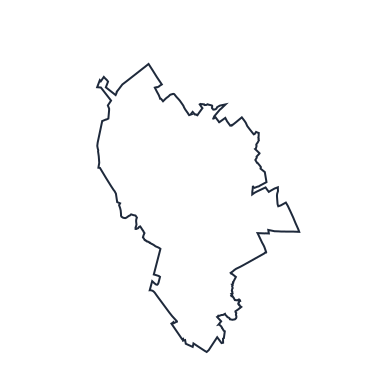 Tarimoro, Guanajuato, Mexico, rotated 148°
{"feature_id": "50627088B52975433563900", "entity_name": "Tarimoro", "entity_type": "district", "adm_level": 2, "iso_a3": "MEX", "parent_name": "Mexico", "parent_adm1": "Guanajuato", "projection": "natural_earth1", "projection_center": [-100.75, 20.293], "detail": "fine", "context": "isolated", "style": "outline", "palette": "slate", "viewbox_px": 384, "rotation_deg": 148, "n_neighbors": 0, "source": "geoboundaries", "source_scale": "gbopen_adm2", "svg_char_len": 5899}
<svg xmlns="http://www.w3.org/2000/svg" viewBox="0 0 384 384"><g transform="rotate(148 192 192)"><path d="M122.2,101.4L121.6,104.2L120.7,110.8L119.7,116.7L118.8,123.6L118.1,129.5L118.0,133.3L123.9,133.6L126.4,134.2L126.1,135.5L125.8,136.5L123.5,140.9L122.0,143.7L120.8,145.3L119.9,146.1L118.6,147.2L118.4,147.5L117.7,148.9L116.7,150.5L120.2,151.2L124.6,151.4L126.8,151.4L127.1,154.8L127.2,156.9L136.7,158.0L139.4,158.2L142.2,158.0L140.7,160.3L139.1,162.2L137.1,164.9L137.3,163.7L137.1,163.0L136.8,162.4L133.5,161.8L132.5,161.4L130.6,161.4L123.6,160.9L119.7,170.3L121.5,175.5L120.4,176.6L120.5,177.2L120.4,177.4L120.5,178.4L121.0,181.9L121.4,182.2L121.3,185.6L118.9,186.8L118.5,187.8L114.3,188.9L114.2,189.0L115.7,195.0L115.0,195.0L114.5,195.3L112.8,196.9L112.6,197.9L111.6,198.6L110.2,199.1L107.8,200.5L107.8,201.2L107.3,202.1L106.9,202.3L106.8,203.2L106.5,203.4L106.0,203.9L104.1,206.7L104.9,207.6L105.8,209.0L108.9,207.7L109.0,207.4L109.8,214.3L109.9,215.4L110.1,217.6L110.2,218.3L110.1,219.3L109.7,222.3L109.8,224.8L110.2,228.9L117.5,227.9L122.7,227.3L122.6,227.7L124.4,228.0L124.8,233.5L124.5,237.2L132.0,236.7L132.1,236.8L132.0,237.5L132.4,241.9L132.4,242.9L132.5,243.1L133.3,242.9L134.4,242.8L134.9,242.9L135.0,243.0L133.0,244.4L124.6,247.1L123.7,247.2L123.3,247.2L117.1,248.5L122.6,250.5L125.8,250.6L127.0,249.8L128.0,249.7L128.9,249.9L130.0,250.4L130.3,250.6L130.3,251.1L130.6,252.3L130.5,252.7L130.4,252.7L129.2,254.4L129.2,254.6L129.9,255.5L131.9,257.5L132.2,258.1L132.7,258.2L133.5,258.2L133.8,258.3L135.2,259.0L135.4,259.2L135.4,259.9L135.4,260.1L135.9,260.3L136.6,261.0L137.0,261.1L137.6,261.7L137.9,261.7L138.2,262.2L139.0,262.2L138.9,259.2L138.7,257.6L144.9,255.1L146.8,254.2L146.9,254.3L147.0,254.5L147.2,254.8L147.3,255.2L147.6,255.8L148.2,255.9L148.4,256.0L149.0,259.6L152.1,258.5L151.9,258.3L153.7,258.7L153.8,259.9L153.7,260.5L154.0,265.6L153.9,268.0L153.6,269.8L153.9,275.8L154.2,277.8L154.8,280.9L155.2,284.4L155.8,285.1L156.9,285.5L157.4,285.5L157.9,285.8L159.1,286.0L161.3,285.5L163.8,285.3L165.0,285.1L168.5,284.3L168.8,287.0L169.0,287.7L169.1,287.9L169.6,288.1L169.3,289.0L168.8,292.0L168.6,295.8L168.2,300.2L166.5,299.7L165.9,299.2L165.2,299.1L164.0,299.0L163.3,299.2L160.6,299.2L160.9,308.0L160.9,316.3L161.0,323.6L166.0,323.0L167.2,322.9L188.8,320.6L194.1,320.1L201.7,317.2L201.7,317.3L202.0,317.2L202.6,316.9L202.9,316.5L203.2,316.5L203.6,315.9L204.0,315.6L205.4,314.7L209.6,326.4L204.7,330.1L204.9,332.2L205.5,334.5L205.8,336.3L210.7,334.2L210.9,335.7L216.9,331.1L213.9,328.9L212.2,312.4L217.5,310.0L218.1,306.6L219.1,305.1L224.0,298.6L226.2,298.8L226.7,299.1L229.9,299.6L230.5,299.8L245.8,283.9L247.9,281.3L248.8,279.1L249.4,277.1L250.1,276.3L252.1,271.8L255.2,265.9L258.5,262.2L257.3,261.2L257.5,249.3L257.5,239.8L257.4,235.2L257.2,233.7L257.4,230.9L260.8,223.1L259.0,220.5L260.8,219.5L261.5,216.4L262.3,214.0L264.1,210.5L264.7,209.6L264.9,208.5L264.2,206.9L263.3,205.9L262.4,205.2L261.2,205.0L258.2,205.2L257.4,205.0L257.0,205.0L255.8,205.3L255.5,205.3L254.0,203.5L252.4,202.0L252.3,199.5L253.6,198.5L254.5,197.4L255.0,196.6L256.4,193.7L257.5,192.7L258.8,191.7L259.4,190.6L258.6,190.1L257.8,190.1L257.1,189.9L256.6,189.9L255.9,190.3L255.3,190.4L254.2,190.3L254.1,188.8L254.1,185.8L253.9,185.1L254.2,184.1L254.0,183.0L254.1,182.3L254.9,181.9L255.1,181.6L256.2,180.9L256.8,180.2L257.3,179.9L257.6,179.7L257.7,179.4L257.5,178.6L257.5,177.5L257.6,176.9L257.6,176.4L257.4,176.1L257.1,176.0L257.0,175.9L257.0,175.7L257.1,175.3L256.8,175.0L256.6,174.7L256.5,174.0L256.0,173.7L255.6,172.9L255.2,172.7L254.9,171.6L254.9,171.4L254.5,171.3L254.4,171.1L254.3,170.6L254.1,170.1L253.7,169.3L253.3,168.9L252.9,168.0L252.6,167.6L252.5,167.2L252.1,166.4L251.8,165.4L250.1,163.0L249.3,161.6L248.9,160.5L268.1,142.3L266.9,141.0L264.7,138.4L264.1,137.0L268.6,132.7L269.0,132.5L269.9,131.9L270.7,131.8L271.5,132.6L272.1,134.1L273.0,137.5L279.9,131.1L279.5,130.9L278.4,129.9L277.8,129.1L277.4,128.3L277.2,127.6L277.0,126.7L276.9,125.8L276.8,123.7L276.5,119.5L276.4,118.4L275.1,101.7L274.6,97.2L273.3,90.3L273.5,90.0L274.3,90.2L276.9,90.4L276.8,91.5L277.7,91.3L279.2,91.3L278.4,72.4L277.4,72.2L278.3,70.7L276.3,70.1L277.7,66.6L273.5,60.3L271.9,61.8L271.0,62.8L267.9,56.0L265.4,50.6L264.4,48.6L261.7,49.0L247.6,55.5L247.0,48.2L245.5,47.7L243.4,51.2L242.4,51.2L238.0,56.5L238.2,56.8L238.4,57.0L238.6,57.6L238.5,58.7L238.6,58.9L238.5,59.8L238.7,60.5L238.4,61.0L238.5,61.7L238.4,62.4L238.8,63.8L239.1,65.2L239.4,65.4L239.7,65.5L235.8,66.9L236.9,72.7L236.4,72.7L235.4,73.1L235.3,72.7L232.9,72.2L232.3,72.1L231.2,71.5L230.8,71.3L228.6,71.2L228.8,70.2L228.4,68.7L228.2,67.1L227.5,66.0L227.1,65.1L227.1,64.5L227.3,64.0L225.4,62.2L223.2,61.3L222.6,61.3L222.1,61.5L221.5,61.6L220.8,62.2L220.5,62.6L220.1,63.4L219.9,64.5L219.5,65.0L219.2,65.3L218.9,65.5L218.6,65.9L218.8,66.7L218.7,67.1L218.4,67.8L214.6,68.0L212.8,68.3L212.7,68.2L211.1,68.4L211.6,69.7L212.0,71.2L211.6,71.5L212.1,72.5L211.9,72.9L210.8,73.4L210.8,73.7L209.7,74.4L208.9,74.1L208.7,74.8L208.9,75.2L209.0,75.9L209.4,76.1L209.9,76.0L210.7,76.2L211.0,76.1L211.9,76.8L212.1,77.2L212.4,77.4L212.7,77.4L212.9,77.6L212.9,78.1L212.7,80.4L212.9,80.8L212.8,81.3L213.0,81.8L212.9,82.2L213.4,82.9L213.7,82.9L213.7,83.3L213.1,83.3L212.7,83.4L212.8,83.6L212.5,83.9L212.6,84.8L211.4,84.7L211.4,84.9L210.7,85.8L210.7,86.1L210.7,86.7L210.5,87.3L210.1,87.5L209.4,88.4L209.1,88.6L208.5,88.9L208.1,89.8L208.1,90.3L208.0,90.6L207.8,91.0L207.4,91.2L206.9,91.4L207.0,92.2L206.5,92.0L205.0,93.9L204.8,93.9L204.7,93.6L204.2,94.1L199.8,96.7L201.6,101.8L201.8,101.7L202.0,101.9L202.1,102.9L199.2,103.1L197.5,103.4L195.3,103.5L190.7,103.0L187.7,102.8L163.1,101.6L162.5,101.9L162.4,101.9L161.8,101.7L161.5,101.4L161.0,101.6L160.0,106.0L159.7,107.5L159.5,109.7L159.4,111.9L158.4,120.3L158.2,122.4L152.2,118.3L151.7,118.1L148.8,116.1L147.4,119.4L142.7,114.9L139.8,113.0L137.3,111.2L126.6,104.4L122.2,101.4Z" fill="none" stroke="#1e293b" stroke-width="2"/></g></svg>